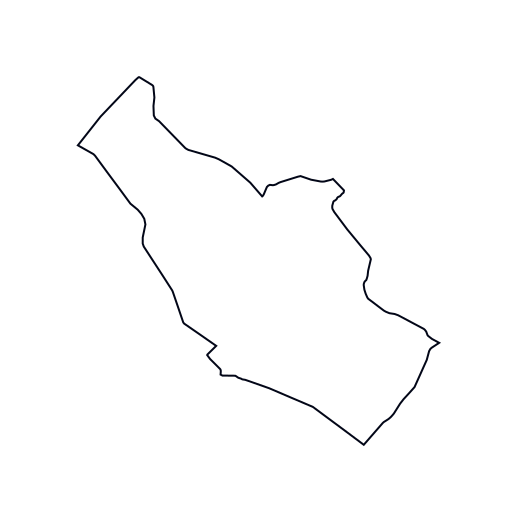 outline of Ömnögovi, rotated 45°
{"feature_id": "MNG-3298", "entity_name": "Ömnögovi", "entity_type": "Province", "adm_level": 1, "iso_a3": "MNG", "parent_name": "Mongolia", "parent_adm1": "", "projection": "robinson", "projection_center": [104.196, 43.387], "detail": "fine", "context": "isolated", "style": "outline", "palette": "ink", "viewbox_px": 512, "rotation_deg": 45, "n_neighbors": 0, "source": "natural_earth", "source_scale": "10m", "svg_char_len": 2067}
<svg xmlns="http://www.w3.org/2000/svg" viewBox="0 0 512 512"><g transform="rotate(45 256 256)"><path d="M130.2,307.8L110.5,304.8L90.9,301.9L71.3,298.9L69.1,298.9L51.8,303.7L47.5,267.2L46.3,217.0L46.5,213.2L46.7,212.4L47.2,212.0L61.9,208.5L62.6,208.5L63.2,208.6L63.9,209.0L72.1,215.8L77.4,222.4L84.4,228.9L87.7,230.0L92.1,229.2L129.6,229.7L130.8,229.5L133.2,228.8L157.5,215.4L161.3,213.9L175.5,209.9L200.1,208.2L218.2,209.5L218.3,208.5L217.9,206.9L214.9,199.5L214.9,197.6L215.5,195.9L217.9,194.0L218.6,193.0L219.5,191.3L220.3,188.3L221.1,186.4L229.6,170.2L231.0,168.0L241.0,163.1L249.2,157.5L250.6,156.2L251.7,154.9L255.1,149.2L255.6,148.1L255.9,147.1L271.8,147.4L272.8,148.7L273.0,149.1L273.1,149.4L273.1,149.7L272.9,150.8L272.9,151.6L273.1,153.9L273.1,154.3L273.0,154.6L272.9,154.9L272.5,155.8L272.4,156.1L272.3,156.5L272.3,156.9L272.3,157.3L272.5,157.9L272.7,158.4L272.8,158.9L272.8,159.6L272.6,161.0L272.3,161.7L272.3,162.2L272.3,162.8L274.3,166.4L275.5,167.7L276.7,168.6L280.3,169.6L301.8,172.7L321.8,174.6L335.6,175.8L338.5,176.5L339.5,177.1L345.7,187.1L348.9,191.1L350.3,193.6L351.0,195.1L350.9,196.2L351.0,197.5L351.7,199.1L352.6,200.3L356.5,203.2L360.2,205.1L364.0,206.6L365.5,206.9L380.7,204.8L385.0,204.2L387.2,203.6L390.8,202.1L395.0,199.0L398.4,197.4L426.2,188.9L427.6,188.8L429.8,189.1L433.3,190.7L434.3,190.8L439.1,190.2L446.9,187.9L445.1,196.6L445.0,198.4L445.3,199.5L445.7,200.9L450.2,208.7L460.8,236.6L461.3,245.7L461.6,252.9L462.3,258.5L464.9,270.0L465.1,272.4L465.2,274.7L465.0,277.5L464.4,280.3L463.8,282.9L463.7,284.3L465.7,313.3L444.8,316.3L423.8,319.4L402.9,322.5L380.8,331.4L358.8,340.2L339.4,349.5L335.9,351.2L333.7,352.8L333.0,353.1L332.1,353.3L329.6,354.6L326.8,355.1L325.9,355.4L316.8,364.3L314.8,364.9L312.9,362.7L311.8,361.7L310.7,361.3L296.4,361.3L291.6,360.6L291.3,360.1L291.4,347.7L272.2,351.1L253.0,354.6L251.5,354.4L237.1,347.3L222.6,340.2L221.1,339.6L204.1,335.9L187.0,332.3L170.0,328.7L167.1,327.3L162.8,323.0L155.5,311.9L150.7,308.7L145.2,307.3L139.6,306.9L130.2,307.8Z" fill="none" stroke="#020617" stroke-width="2"/></g></svg>